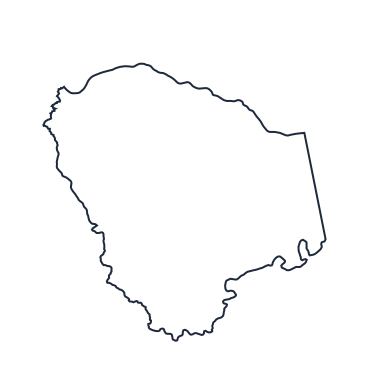 outline of Santa Cruz do Xingu, Mato Grosso, Brazil, rotated 74°
{"feature_id": "56859067B46700297890942", "entity_name": "Santa Cruz do Xingu", "entity_type": "district", "adm_level": 2, "iso_a3": "BRA", "parent_name": "Brazil", "parent_adm1": "Mato Grosso", "projection": "natural_earth1", "projection_center": [-52.501, -10.042], "detail": "fine", "context": "isolated", "style": "outline", "palette": "slate", "viewbox_px": 384, "rotation_deg": 74, "n_neighbors": 0, "source": "geoboundaries", "source_scale": "gbopen_adm2", "svg_char_len": 6008}
<svg xmlns="http://www.w3.org/2000/svg" viewBox="0 0 384 384"><g transform="rotate(74 192 192)"><path d="M166.1,67.7L164.7,76.0L164.2,81.6L164.2,83.7L163.9,85.0L163.2,86.4L159.6,90.9L158.8,92.4L157.1,95.9L155.7,100.7L154.8,102.0L153.7,103.0L148.6,105.2L143.0,106.6L140.2,107.7L137.1,109.1L131.3,111.0L130.2,112.1L129.2,113.6L128.1,114.5L125.5,115.3L124.5,116.1L122.7,118.2L121.8,118.6L119.8,118.6L118.6,119.1L117.4,120.3L116.4,122.1L116.3,123.5L116.5,125.8L116.2,127.2L115.1,129.8L114.2,133.1L113.2,134.9L112.3,136.2L107.9,140.0L107.0,140.8L106.0,142.3L104.6,144.9L103.1,145.3L101.8,145.3L100.3,145.8L98.3,147.0L97.0,148.1L96.2,149.3L95.7,150.9L94.9,155.2L94.5,157.0L93.4,158.9L92.1,160.5L90.5,162.0L87.0,163.8L85.9,164.8L85.2,165.9L85.0,167.1L84.8,172.2L84.6,173.4L84.1,174.3L83.1,175.7L78.8,178.2L76.4,180.1L75.3,181.1L73.7,182.9L72.0,184.3L69.9,186.6L68.7,189.5L67.9,190.9L67.2,191.7L65.8,192.8L64.9,193.9L64.2,194.5L62.7,195.6L60.0,196.8L59.0,197.7L58.1,199.0L57.3,200.7L55.6,202.8L54.6,205.6L54.3,207.3L54.7,210.2L55.4,212.7L55.2,214.9L54.6,216.4L54.1,217.4L52.5,222.1L52.3,224.2L51.9,226.1L51.9,229.2L52.0,231.5L52.6,234.8L52.4,239.1L52.3,244.4L52.4,247.1L53.0,253.4L53.5,256.0L54.1,257.5L55.0,259.1L56.6,261.2L60.0,264.2L62.2,266.5L63.4,268.2L65.2,272.1L65.5,273.6L65.3,275.2L64.8,277.5L64.2,279.6L63.5,280.8L62.6,281.9L60.5,283.5L58.8,284.6L57.0,285.5L55.6,286.0L56.5,288.1L55.9,289.3L56.8,290.0L56.4,291.9L57.9,292.4L58.6,293.3L60.6,292.6L61.5,293.7L62.6,295.4L63.8,294.7L65.4,294.0L67.7,293.6L68.7,294.2L68.4,295.5L68.3,296.9L69.3,297.4L68.9,298.6L69.9,300.5L69.9,301.9L70.8,303.1L71.3,302.2L72.8,302.3L74.1,300.5L74.2,301.9L75.0,301.4L76.1,301.8L75.9,302.9L76.0,304.2L77.3,305.1L77.4,306.5L78.6,306.1L80.0,306.8L82.5,307.2L82.9,309.1L82.8,310.6L83.2,311.6L83.4,312.9L84.4,314.6L85.7,315.3L86.4,316.3L87.6,316.3L87.9,314.9L88.8,314.2L89.4,313.2L90.5,313.1L91.7,312.7L92.1,311.2L94.2,312.1L95.0,311.5L96.2,311.1L97.6,311.3L99.1,309.3L100.2,309.7L101.4,309.1L102.8,309.0L104.3,309.4L106.1,308.5L107.3,308.0L108.3,308.4L109.4,308.2L110.3,308.4L111.2,309.3L112.3,309.9L113.3,309.9L114.3,310.2L116.5,309.9L117.4,309.6L119.0,309.8L121.4,311.4L125.8,313.7L128.3,314.2L130.0,314.9L131.2,315.1L132.0,315.0L134.8,313.8L137.7,312.2L139.2,312.0L140.5,312.1L141.4,311.4L143.6,308.6L147.3,306.0L148.3,305.5L149.5,305.3L150.4,305.5L151.7,306.1L154.0,307.1L156.1,307.0L158.7,306.2L161.4,305.0L164.8,304.0L166.4,303.4L168.2,303.1L169.3,302.6L172.3,300.3L173.6,300.0L174.9,300.0L176.4,299.8L179.1,298.4L180.4,298.1L182.6,298.4L183.6,298.7L184.8,298.7L186.2,298.4L189.7,298.7L191.2,298.6L192.6,298.1L194.0,297.5L195.1,296.5L196.0,294.3L196.7,293.4L198.0,292.6L199.5,297.2L200.4,298.4L201.5,298.3L203.2,296.1L204.5,295.5L205.2,294.8L205.8,292.3L205.7,290.7L206.1,289.4L206.9,288.8L208.3,288.7L209.5,289.1L211.3,289.4L212.8,289.5L213.6,290.1L214.7,290.6L216.0,290.8L218.1,290.8L220.0,291.2L222.8,292.2L223.9,291.9L224.7,292.0L225.7,293.3L227.4,294.5L228.3,297.0L229.4,298.1L231.2,298.1L232.6,298.6L233.5,298.6L235.4,298.1L236.8,297.7L237.9,297.1L238.2,295.8L239.6,294.0L240.6,291.8L241.4,290.8L242.7,290.3L244.1,290.6L245.5,291.2L246.3,291.3L247.1,292.3L248.2,292.8L249.0,294.4L249.9,295.1L251.7,295.3L253.6,297.9L254.9,298.6L256.0,298.3L256.3,297.0L257.1,295.9L258.2,294.7L259.4,294.1L259.9,292.9L261.5,291.2L262.7,291.1L263.5,290.5L264.3,289.4L265.5,288.8L266.2,287.5L267.1,286.5L268.1,285.7L269.3,285.1L270.6,284.9L271.9,285.2L273.1,285.3L274.1,284.8L276.3,282.8L277.7,282.0L278.8,282.7L280.0,282.1L281.0,279.6L281.9,278.6L281.6,277.2L281.5,275.6L282.0,274.6L283.3,274.5L284.0,273.2L284.3,271.7L285.3,271.1L286.7,271.2L288.8,269.6L289.9,268.2L291.6,268.9L292.5,268.7L293.5,268.2L296.0,267.7L298.1,266.5L299.5,267.0L301.0,266.8L302.2,267.4L303.3,267.7L304.2,266.8L305.6,267.3L306.8,268.2L306.9,270.5L308.2,270.7L309.3,270.6L310.6,270.9L311.5,270.5L312.6,269.6L314.3,267.4L315.6,265.2L316.1,263.9L316.4,262.5L316.3,261.4L315.2,260.3L315.0,258.9L315.3,257.6L316.1,256.9L318.3,256.8L319.4,256.6L320.8,256.0L321.3,255.2L321.8,253.9L322.3,252.1L323.0,251.1L323.9,250.7L328.4,251.1L330.5,248.7L330.5,247.1L328.1,245.6L327.3,244.3L327.0,241.1L326.3,240.2L324.3,239.5L323.2,238.9L322.5,238.3L322.5,236.7L323.9,235.1L324.9,234.5L327.9,233.3L328.9,232.3L329.0,230.5L328.5,229.0L328.5,227.9L328.9,226.7L332.1,222.1L332.1,220.6L331.2,219.5L329.2,218.7L329.2,217.1L330.6,216.0L331.4,214.9L332.0,213.2L331.9,212.0L331.4,210.9L330.0,211.0L328.6,209.6L326.4,209.5L325.2,208.6L323.3,207.5L322.4,205.5L321.3,204.0L320.7,202.0L320.7,199.0L320.4,197.7L319.9,196.7L318.7,195.6L316.2,194.5L314.5,193.5L313.3,193.3L312.6,192.5L311.3,190.3L309.8,189.4L308.9,190.2L308.0,191.9L307.0,192.5L305.6,192.2L304.8,190.8L304.8,189.2L305.1,187.6L305.2,185.3L304.8,183.9L304.7,180.6L304.0,178.8L303.4,178.2L302.5,178.1L301.0,178.7L299.6,179.0L298.5,179.9L297.8,181.3L297.5,182.3L297.4,184.5L296.9,185.5L295.9,186.2L294.0,186.5L290.9,185.9L287.5,184.1L286.7,183.2L286.0,179.0L288.2,174.2L288.4,172.9L287.9,171.4L286.4,168.5L286.0,167.5L285.9,165.7L284.2,161.6L284.0,160.4L284.2,154.2L284.4,151.0L284.2,147.5L284.3,145.9L283.4,140.9L283.3,139.6L283.3,138.6L284.3,137.2L284.5,135.5L283.6,134.6L282.7,134.2L281.5,133.3L279.6,131.4L278.3,129.2L277.8,127.4L277.9,126.0L278.4,125.0L280.8,123.3L283.7,121.6L284.9,122.0L285.7,123.2L286.4,125.1L287.4,126.5L289.4,126.5L292.2,123.3L293.2,122.5L293.8,121.1L293.9,118.9L292.7,112.5L293.6,109.9L293.8,108.9L293.3,107.1L292.8,106.3L291.8,103.5L291.3,102.5L290.6,101.7L288.8,100.4L287.8,101.4L287.7,103.2L288.0,104.8L286.9,105.7L285.4,105.6L284.1,105.4L283.0,105.6L281.8,105.5L280.8,105.6L278.8,105.7L277.4,105.6L274.0,104.7L273.1,104.2L270.0,102.1L269.3,101.4L268.6,100.2L268.5,98.5L270.9,96.4L271.7,95.9L272.6,95.9L274.6,96.6L275.8,96.7L277.1,97.3L278.2,97.4L280.2,96.7L281.8,96.5L284.2,96.7L285.4,96.3L285.7,92.4L285.4,90.6L284.3,87.9L283.1,85.4L282.5,84.3L281.7,83.4L281.0,82.7L280.0,82.2L278.6,82.3L276.8,81.8L276.1,81.0L276.0,78.2L274.2,76.6L166.1,67.7Z" fill="none" stroke="#1e293b" stroke-width="2"/></g></svg>